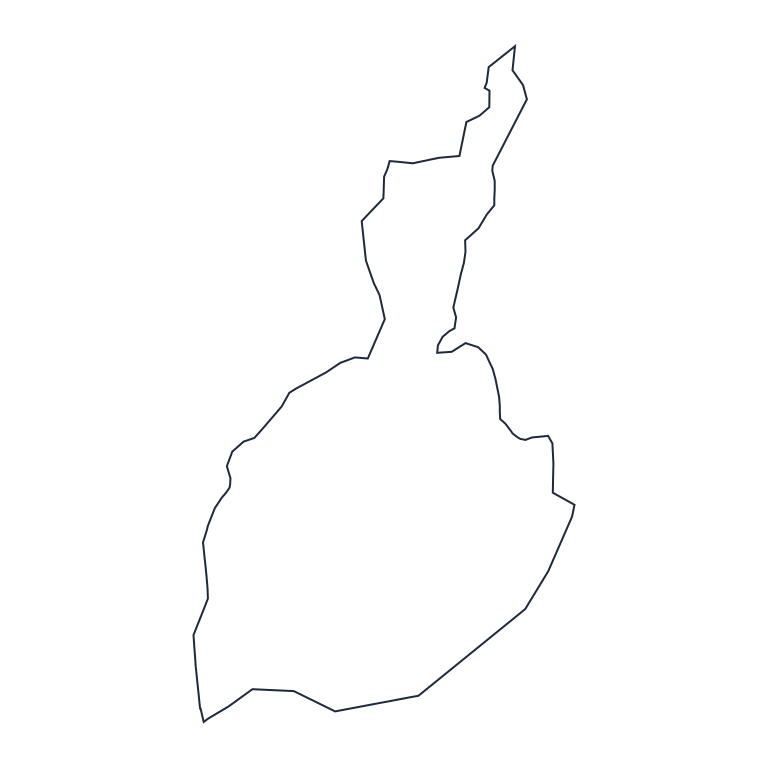 the district of Tendalti, White Nile, Sudan
{"feature_id": "16777658B96741566185688", "entity_name": "Tendalti", "entity_type": "district", "adm_level": 2, "iso_a3": "SDN", "parent_name": "Sudan", "parent_adm1": "White Nile", "projection": "natural_earth1", "projection_center": [31.956, 13.119], "detail": "fine", "context": "isolated", "style": "outline", "palette": "slate", "viewbox_px": 768, "rotation_deg": 0, "n_neighbors": 0, "source": "geoboundaries", "source_scale": "gbopen_adm2", "svg_char_len": 2314}
<svg xmlns="http://www.w3.org/2000/svg" viewBox="0 0 768 768"><path d="M200.6,708.7L203.7,721.9L208.3,718.5L228.5,706.5L252.4,689.2L293.8,691.1L335.1,711.4L409.4,697.4L418.4,695.8L525.2,609.1L548.3,571.1L572.1,516.5L574.5,504.8L552.8,492.7L553.4,463.4L552.4,443.4L548.1,435.9L531.8,437.5L525.5,439.9L520.4,438.9L517.2,437.1L512.5,433.4L511.3,431.5L505.4,423.7L500.2,419.1L499.8,412.6L499.8,405.7L499.1,397.0L495.5,379.1L492.7,368.9L489.6,362.4L486.0,354.6L478.2,347.2L465.5,343.1L451.7,351.8L437.2,352.8L437.9,345.4L442.7,336.7L449.4,331.1L454.5,328.3L456.1,317.3L453.3,307.6L457.6,289.2L460.8,274.4L463.9,262.9L465.5,251.8L465.1,240.3L471.8,234.3L478.5,228.3L486.8,214.5L494.3,205.3L494.3,198.4L494.7,190.1L494.7,180.8L492.3,170.8L492.7,165.7L526.9,99.3L523.0,85.0L512.5,70.3L515.0,46.2L502.4,56.2L488.7,67.1L486.7,82.7L484.6,87.9L489.5,90.7L489.3,107.2L479.5,115.7L466.4,122.0L459.4,156.0L438.8,157.8L412.8,163.3L398.3,161.8L389.8,161.1L389.6,161.1L388.4,165.5L387.0,170.1L385.2,174.1L384.5,175.7L384.5,175.8L384.1,176.7L383.9,183.4L383.8,186.0L383.6,193.0L383.4,197.2L383.4,198.3L383.2,198.5L379.3,202.6L365.2,217.4L361.7,221.1L362.8,231.5L365.8,259.4L365.9,260.5L367.6,265.4L373.8,283.1L377.0,289.7L379.5,295.0L381.2,302.6L384.6,318.2L384.8,319.2L382.4,324.6L382.1,325.4L378.1,334.6L367.8,358.5L354.9,357.4L349.3,359.5L347.8,360.1L340.4,362.8L329.8,369.9L326.6,372.1L296.0,388.6L289.7,392.6L289.4,392.7L281.8,406.3L277.4,411.5L266.2,424.5L261.9,429.5L254.4,437.9L245.4,441.0L243.6,441.6L232.3,451.6L227.3,465.0L227.0,466.0L226.9,466.3L229.9,476.4L230.3,477.5L230.4,478.0L230.4,479.3L230.2,483.2L230.2,483.9L229.9,485.7L229.7,486.9L229.6,487.5L227.7,490.4L226.7,491.9L223.9,495.3L223.1,496.1L221.8,497.7L221.3,498.4L217.6,504.0L214.9,508.0L211.6,516.3L207.9,525.8L206.9,529.9L204.8,536.7L204.3,538.3L203.9,539.4L203.0,542.4L203.1,543.2L203.1,543.5L203.4,546.0L203.7,548.9L203.8,550.3L204.0,551.7L204.2,553.6L204.2,554.2L204.3,555.0L205.9,569.8L206.6,577.1L206.7,578.5L207.1,582.9L207.6,589.7L207.9,598.6L203.3,610.4L202.6,612.2L201.8,614.2L193.5,635.0L194.3,646.4L194.4,648.1L195.3,660.3L195.6,665.4L195.8,667.4L196.2,670.9L197.5,683.7L198.6,694.1L199.6,704.0L199.7,704.7L199.8,706.3L199.9,706.6L199.9,707.1L200.0,707.4L200.2,708.7L200.6,708.7L200.6,708.7Z" fill="none" stroke="#1e293b" stroke-width="2"/></svg>